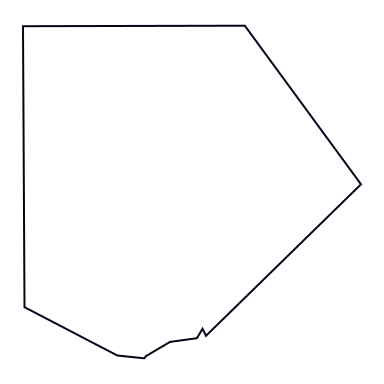 outline of Kendall, Texas, United States of America
{"feature_id": "52423323B46155834246828", "entity_name": "Kendall", "entity_type": "district", "adm_level": 2, "iso_a3": "USA", "parent_name": "United States of America", "parent_adm1": "Texas", "projection": "robinson", "projection_center": [-98.722, 29.928], "detail": "fine", "context": "isolated", "style": "outline", "palette": "ink", "viewbox_px": 384, "rotation_deg": 0, "n_neighbors": 0, "source": "geoboundaries", "source_scale": "gbopen_adm2", "svg_char_len": 266}
<svg xmlns="http://www.w3.org/2000/svg" viewBox="0 0 384 384"><path d="M24.5,307.2L117.3,355.5L144.2,358.3L146.3,355.9L170.0,341.9L196.9,338.2L202.5,328.8L206.0,335.8L361.0,184.3L244.8,25.7L23.0,26.2L24.5,307.2Z" fill="none" stroke="#020617" stroke-width="2"/></svg>